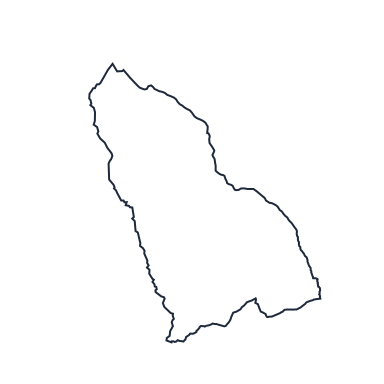 outline of Santo Domingo Xagacía, Oaxaca, Mexico, rotated 67°
{"feature_id": "50627088B84578791163006", "entity_name": "Santo Domingo Xagacía", "entity_type": "district", "adm_level": 2, "iso_a3": "MEX", "parent_name": "Mexico", "parent_adm1": "Oaxaca", "projection": "orthographic", "projection_center": [-96.28, 17.127], "detail": "fine", "context": "isolated", "style": "outline", "palette": "slate", "viewbox_px": 384, "rotation_deg": 67, "n_neighbors": 0, "source": "geoboundaries", "source_scale": "gbopen_adm2", "svg_char_len": 4132}
<svg xmlns="http://www.w3.org/2000/svg" viewBox="0 0 384 384"><g transform="rotate(67 192 192)"><path d="M317.4,113.8L316.2,113.9L314.1,113.7L312.8,113.7L311.5,113.1L310.2,113.3L308.9,112.7L308.0,112.5L307.2,112.7L305.5,113.1L301.2,112.9L300.0,112.3L298.2,112.1L296.7,112.1L295.6,112.7L294.6,113.1L292.9,113.0L291.1,113.5L289.2,113.9L287.9,114.5L286.6,114.4L284.8,113.8L283.7,114.4L282.0,114.1L280.1,113.1L278.4,113.4L276.9,113.0L275.8,112.5L274.7,112.1L273.7,112.4L272.7,112.2L271.7,112.1L269.2,110.8L267.5,110.6L265.3,111.2L263.0,111.7L260.9,112.1L259.6,112.4L257.2,113.4L255.2,114.0L252.8,114.2L250.2,115.6L247.6,116.4L245.0,116.9L242.8,118.3L240.6,118.6L238.4,119.1L236.7,120.1L233.6,122.7L232.2,124.9L228.8,127.2L226.0,127.4L221.3,129.8L216.6,132.2L213.3,134.2L212.1,136.9L211.0,139.6L209.1,142.5L207.9,145.5L208.3,148.2L207.7,150.3L206.7,151.7L204.7,152.0L202.1,152.2L200.7,153.2L199.1,155.1L197.5,156.2L195.7,155.9L193.0,156.1L190.0,155.8L188.8,156.5L187.6,158.3L186.0,159.7L183.6,161.1L181.6,161.9L176.9,159.9L174.9,159.5L170.3,158.3L167.2,158.8L165.9,158.7L163.5,156.0L162.6,155.3L159.6,155.6L153.8,156.7L150.2,155.6L147.5,153.8L144.5,153.9L143.6,155.0L140.3,153.1L137.7,151.9L135.6,152.3L133.6,152.5L131.4,153.7L128.8,155.8L125.9,158.7L123.3,160.2L119.3,161.0L116.1,162.0L113.6,164.2L111.2,165.9L109.2,166.9L108.6,167.2L107.9,167.8L106.3,169.0L103.4,170.0L100.6,170.4L98.1,171.7L95.0,174.6L93.0,176.8L90.3,178.2L88.5,179.9L86.1,183.1L84.5,184.4L82.5,186.3L80.4,186.7L77.9,188.0L77.6,190.9L79.5,193.4L79.0,195.7L76.9,198.0L75.4,199.4L73.0,200.5L62.6,204.4L52.9,207.4L53.5,208.8L51.7,213.8L43.0,215.0L46.6,221.5L55.9,233.7L56.5,235.4L56.0,237.0L55.8,237.5L57.0,239.2L58.5,240.7L57.9,242.5L59.6,244.8L61.5,247.9L65.8,250.1L67.9,249.5L71.4,250.2L72.3,251.6L76.2,249.5L80.7,250.1L88.7,253.7L91.6,256.2L95.1,254.0L99.6,254.5L101.3,256.3L106.9,255.6L112.6,253.0L118.0,252.7L125.1,250.9L127.7,251.2L130.4,253.8L130.9,255.1L133.3,257.7L148.2,263.4L154.6,261.4L157.4,261.4L158.2,262.4L160.9,261.3L163.4,261.3L172.2,260.5L173.1,258.3L175.1,258.2L175.8,256.1L178.3,258.2L180.2,255.4L181.8,255.1L182.9,253.0L192.3,255.3L193.1,257.4L196.4,256.1L205.9,259.2L208.1,257.7L218.7,259.5L221.4,260.9L224.3,259.2L227.4,258.6L230.0,260.0L237.7,259.9L239.7,261.0L242.6,260.6L244.0,263.0L246.9,261.5L250.6,263.3L256.6,262.3L257.8,261.4L259.3,263.5L262.1,262.6L264.4,263.2L265.4,262.0L267.8,262.5L268.2,264.1L269.9,264.6L276.2,261.0L277.8,259.0L279.4,258.8L282.8,262.2L287.0,262.4L295.1,258.9L296.6,257.1L298.4,258.1L301.7,258.3L302.4,260.0L304.1,261.6L308.0,262.0L311.6,266.5L315.7,268.8L316.6,272.3L318.7,273.5L322.4,269.6L321.6,269.0L322.2,267.4L323.2,266.6L323.5,265.1L322.8,263.1L324.4,261.5L324.9,260.4L326.3,258.3L325.4,256.6L325.3,255.8L323.2,254.1L322.4,250.2L321.6,249.1L322.9,246.4L322.8,244.2L322.6,242.7L321.5,242.1L321.2,240.7L319.9,238.2L319.5,238.0L318.8,236.3L320.3,233.2L320.9,232.8L320.7,231.1L321.3,228.6L321.4,225.9L321.1,224.5L322.7,222.2L323.0,221.2L325.2,218.6L328.3,214.7L328.4,213.8L328.5,213.4L327.5,211.5L326.2,208.8L324.6,206.6L322.5,204.8L319.2,201.3L319.5,197.5L319.1,194.5L318.9,193.2L317.5,191.1L316.9,188.5L314.9,184.4L315.2,179.1L314.8,175.0L315.6,175.0L316.2,175.2L318.8,177.0L321.0,175.2L328.0,175.5L329.3,175.2L330.5,173.9L333.2,171.9L334.8,172.1L336.1,171.9L336.8,171.0L337.0,169.3L337.9,167.1L337.9,158.3L337.6,157.1L337.6,155.5L336.6,152.8L337.4,150.3L339.1,146.3L339.9,144.6L340.1,143.7L341.0,141.6L340.9,140.2L340.7,137.0L340.1,135.1L339.2,131.4L338.5,130.3L338.3,129.8L338.3,128.3L338.4,126.7L338.5,124.8L338.8,123.1L338.6,121.9L339.1,119.9L339.4,118.8L340.3,115.5L339.3,115.4L338.6,115.3L338.0,114.8L337.3,114.8L336.3,114.7L335.9,114.9L335.3,114.2L334.8,113.9L334.5,113.8L334.1,113.8L333.7,113.6L333.4,113.3L333.1,112.9L332.3,112.3L332.1,112.3L331.5,112.2L331.0,112.0L330.5,111.8L330.2,111.9L328.7,112.3L328.6,112.7L328.1,112.8L327.5,112.6L326.8,112.3L325.5,112.2L325.1,111.7L324.5,111.5L323.5,111.7L323.3,111.5L321.9,111.2L321.8,110.7L321.5,110.5L321.1,110.5L320.7,110.9L319.7,111.9L319.3,112.5L319.2,113.3L318.7,114.2L317.9,114.0L317.4,113.8Z" fill="none" stroke="#1e293b" stroke-width="2"/></g></svg>